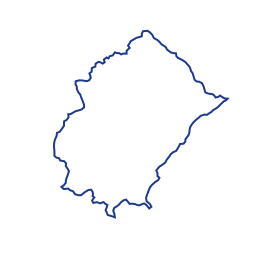 the district of São Tomé das Letras, Minas Gerais, Brazil, rotated 42°
{"feature_id": "56859067B94520469666233", "entity_name": "São Tomé das Letras", "entity_type": "district", "adm_level": 2, "iso_a3": "BRA", "parent_name": "Brazil", "parent_adm1": "Minas Gerais", "projection": "natural_earth1", "projection_center": [-44.96, -21.74], "detail": "fine", "context": "isolated", "style": "outline", "palette": "blue", "viewbox_px": 256, "rotation_deg": 42, "n_neighbors": 0, "source": "geoboundaries", "source_scale": "gbopen_adm2", "svg_char_len": 2691}
<svg xmlns="http://www.w3.org/2000/svg" viewBox="0 0 256 256"><g transform="rotate(42 128 128)"><path d="M178.0,203.2L175.2,200.8L172.4,199.4L171.2,196.6L172.2,193.4L172.6,190.6L172.5,187.4L173.2,184.5L174.5,182.5L177.4,182.9L180.0,183.3L181.7,181.5L183.9,180.0L186.2,179.1L188.2,177.9L189.4,175.2L190.4,173.3L193.0,172.9L194.9,173.2L197.6,173.6L198.1,170.9L195.1,169.8L190.9,170.0L188.3,168.0L187.0,165.4L185.8,162.1L184.6,159.1L184.0,156.9L183.9,154.0L184.4,149.9L185.3,146.3L184.6,143.9L182.2,144.1L180.1,141.8L177.4,140.6L177.2,135.9L178.1,132.4L178.8,129.0L178.0,125.5L177.8,122.2L177.3,118.8L177.8,115.6L179.1,112.9L178.4,108.9L177.4,105.0L179.8,102.5L179.6,99.6L178.2,97.9L178.0,95.6L177.7,92.7L176.7,90.4L175.0,88.1L173.7,85.9L173.1,83.1L172.9,80.6L173.0,76.9L173.6,73.7L173.9,70.3L176.0,66.7L177.8,65.5L178.4,63.1L179.2,60.4L179.3,57.7L180.2,55.1L180.9,51.8L181.0,47.9L181.3,44.2L182.3,41.9L182.4,39.6L179.9,41.4L176.9,42.0L174.7,42.3L174.2,44.6L172.7,46.7L170.2,46.1L168.0,46.4L166.4,47.6L164.2,48.9L161.6,49.8L158.9,48.1L156.5,46.6L153.1,45.2L149.9,46.0L147.9,47.5L145.2,47.6L142.1,45.7L139.3,44.0L136.9,43.6L135.0,42.4L132.9,41.4L130.9,41.1L129.0,40.9L126.7,40.6L123.5,41.0L120.3,41.8L118.2,42.5L115.8,42.2L113.7,40.4L111.7,41.9L109.7,43.1L107.2,43.4L104.6,43.6L102.2,42.7L99.8,42.8L97.2,43.4L94.3,43.0L90.9,42.9L88.9,43.5L86.8,43.8L84.0,42.6L80.8,42.3L77.6,42.6L74.4,46.0L75.1,48.6L76.9,50.6L75.2,53.4L73.9,55.4L73.0,58.3L71.9,61.7L72.6,64.4L72.9,66.7L75.6,67.4L75.3,71.5L77.2,73.7L74.6,75.9L73.6,78.0L71.4,78.2L69.8,79.6L67.7,80.5L68.1,84.2L66.4,86.9L66.9,89.4L64.9,89.9L64.3,93.3L66.7,94.8L66.1,97.1L63.6,97.6L61.8,98.7L60.9,101.8L62.6,104.2L61.0,107.6L63.3,110.5L62.8,113.3L64.7,114.2L66.7,115.6L67.2,118.5L66.1,120.7L63.9,122.2L62.1,123.3L59.8,125.3L57.9,128.2L59.7,130.6L62.1,131.4L64.0,133.3L67.1,134.6L70.4,135.2L72.6,136.5L75.1,137.7L77.7,139.0L79.7,140.1L81.6,142.1L81.0,145.5L79.3,148.3L77.8,150.6L76.8,153.7L75.9,156.3L74.4,157.7L76.7,159.9L77.0,163.2L76.0,165.7L77.3,167.4L78.9,169.1L79.4,172.4L79.8,176.3L78.5,179.2L80.3,181.8L81.5,185.5L82.9,188.2L85.1,191.0L87.9,193.6L90.1,195.8L91.9,197.9L94.7,197.9L97.0,196.6L99.3,197.5L101.1,196.5L102.8,195.4L105.5,195.7L107.3,197.9L110.1,198.6L112.9,199.5L114.2,202.2L115.4,205.2L116.7,208.2L118.4,210.4L118.6,213.6L118.0,216.3L121.0,216.4L122.6,214.8L124.0,213.1L126.6,213.0L129.5,211.8L133.0,212.6L136.1,211.2L138.1,209.3L138.8,204.8L140.0,200.7L141.7,198.6L144.1,199.0L146.0,200.3L147.3,202.3L149.4,202.1L149.8,205.9L152.3,206.9L154.6,203.9L157.7,202.6L159.4,199.4L162.0,199.5L164.2,199.0L165.5,201.7L166.4,204.1L168.5,204.9L171.2,206.2L174.6,204.5L178.0,203.2Z" fill="none" stroke="#1e3a8a" stroke-width="2"/></g></svg>